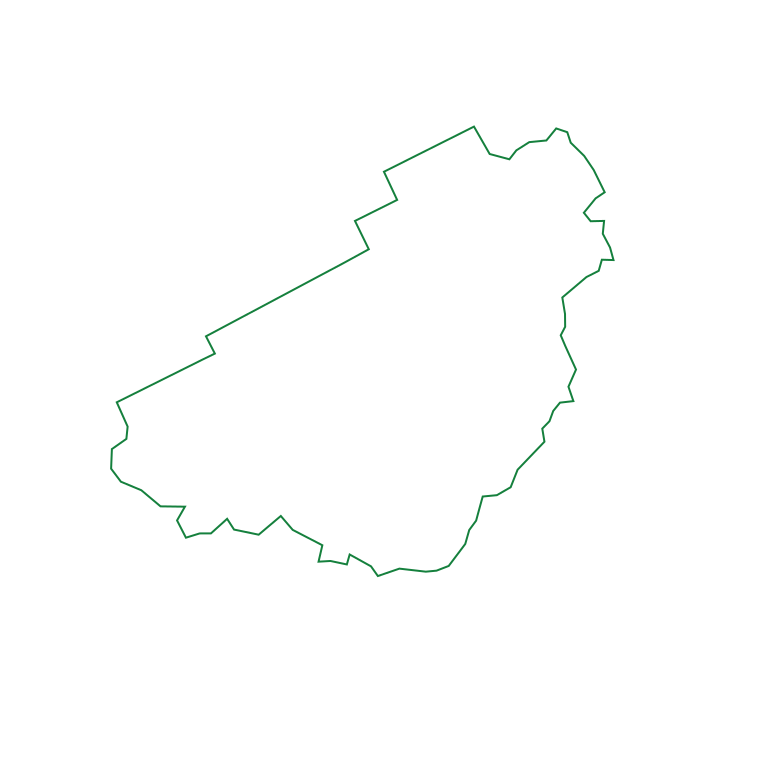 outline of Santo Antônio do Palma, Rio Grande do Sul, Brazil, rotated 154°
{"feature_id": "56859067B22273864175038", "entity_name": "Santo Antônio do Palma", "entity_type": "district", "adm_level": 2, "iso_a3": "BRA", "parent_name": "Brazil", "parent_adm1": "Rio Grande do Sul", "projection": "orthographic", "projection_center": [-52.014, -28.492], "detail": "fine", "context": "isolated", "style": "outline", "palette": "green", "viewbox_px": 768, "rotation_deg": 154, "n_neighbors": 0, "source": "geoboundaries", "source_scale": "gbopen_adm2", "svg_char_len": 1150}
<svg xmlns="http://www.w3.org/2000/svg" viewBox="0 0 768 768"><g transform="rotate(154 384 384)"><path d="M657.1,444.8L666.4,427.5L663.3,411.5L648.7,394.9L638.5,372.0L616.7,361.0L629.8,352.1L629.4,332.7L615.2,330.5L605.0,325.6L584.1,331.6L582.6,318.9L562.7,303.5L550.1,306.7L534.6,310.6L530.0,292.9L510.1,266.1L520.7,253.0L509.7,248.4L496.5,238.1L489.6,245.8L475.6,225.8L473.7,214.1L451.1,211.3L428.7,197.0L418.6,193.2L405.6,192.1L381.1,204.6L371.4,215.4L361.1,220.8L352.8,230.3L344.6,239.6L331.3,234.6L315.4,235.7L301.5,248.4L265.1,261.8L261.3,274.5L251.6,278.0L243.7,285.6L234.0,290.1L221.3,285.6L219.4,300.7L205.1,312.8L204.4,338.7L203.8,350.3L196.1,356.0L190.6,367.6L185.8,383.6L155.1,391.4L141.4,391.6L133.7,400.2L123.4,394.8L121.0,407.6L121.5,423.1L114.7,434.1L126.9,439.7L129.3,450.3L112.4,458.1L101.6,459.6L101.7,484.4L104.1,501.3L110.4,519.0L108.9,530.0L117.2,538.2L131.3,531.7L147.4,537.7L162.6,536.0L172.8,531.0L188.2,544.4L190.3,575.9L291.0,574.8L291.5,543.7L338.6,543.3L338.6,511.8L365.5,510.5L523.1,504.9L522.7,485.5L536.8,485.5L632.2,484.7L633.1,458.1L639.6,447.6L657.1,444.8Z" fill="none" stroke="#15803d" stroke-width="2"/></g></svg>